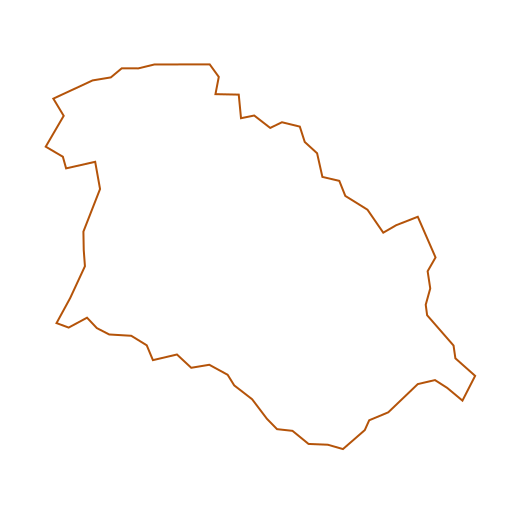 Lajeado do Bugre, Rio Grande do Sul, Brazil, rotated 264°
{"feature_id": "56859067B18581397233195", "entity_name": "Lajeado do Bugre", "entity_type": "district", "adm_level": 2, "iso_a3": "BRA", "parent_name": "Brazil", "parent_adm1": "Rio Grande do Sul", "projection": "robinson", "projection_center": [-53.208, -27.705], "detail": "fine", "context": "isolated", "style": "outline", "palette": "amber", "viewbox_px": 512, "rotation_deg": 264, "n_neighbors": 0, "source": "geoboundaries", "source_scale": "gbopen_adm2", "svg_char_len": 982}
<svg xmlns="http://www.w3.org/2000/svg" viewBox="0 0 512 512"><g transform="rotate(264 256 256)"><path d="M71.5,346.0L80.8,351.4L86.7,371.2L111.7,403.5L113.9,421.0L104.9,432.3L90.6,446.2L113.9,461.4L133.4,443.6L146.3,443.1L179.2,420.0L189.8,419.7L205.5,425.9L222.9,425.1L235.8,434.4L278.1,421.0L272.0,398.7L265.9,385.0L290.4,371.7L306.4,351.1L322.0,346.7L327.7,330.3L351.8,327.5L364.3,316.4L380.1,313.1L386.3,295.8L381.9,283.5L395.9,268.9L394.6,255.5L418.3,255.7L421.2,232.6L438.0,237.7L451.4,230.0L457.1,175.0L454.9,158.6L456.7,142.1L448.8,130.3L447.7,111.8L433.7,70.9L415.5,79.4L386.7,58.3L374.9,74.3L363.0,76.3L366.5,105.9L338.9,107.9L298.3,86.9L279.9,85.3L263.7,84.8L233.6,66.8L210.1,50.6L204.4,62.2L212.3,81.5L200.9,90.2L193.3,101.8L189.7,123.6L178.6,138.0L163.2,142.6L166.3,167.1L151.6,179.9L152.7,198.2L140.8,215.4L129.6,220.8L113.9,237.2L93.0,249.8L81.6,258.8L78.3,274.0L63.6,288.6L60.8,307.7L54.9,322.3L71.5,346.0Z" fill="none" stroke="#b45309" stroke-width="2"/></g></svg>